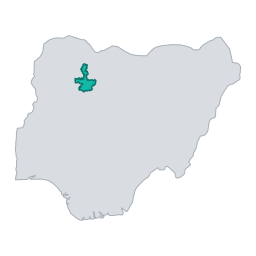 Maru, Zamfara, Nigeria (highlighted)
{"feature_id": "59680162B25309364748934", "entity_name": "Maru", "entity_type": "district", "adm_level": 2, "iso_a3": "NGA", "parent_name": "Nigeria", "parent_adm1": "Zamfara", "projection": "orthographic", "projection_center": [6.251, 11.686], "detail": "fine", "context": "in_parent", "style": "filled", "palette": "teal", "viewbox_px": 256, "rotation_deg": 0, "n_neighbors": 0, "source": "geoboundaries", "source_scale": "gbopen_adm2", "svg_char_len": 7021}
<svg xmlns="http://www.w3.org/2000/svg" viewBox="0 0 256 256"><path d="M220.7,37.2L229.6,49.0L231.6,58.0L232.5,62.3L233.9,62.8L236.6,63.0L238.5,63.8L239.7,65.3L240.5,66.6L240.6,67.4L240.2,72.8L239.6,74.8L240.1,77.4L240.0,78.5L239.7,79.3L238.6,80.2L237.0,81.2L233.2,83.8L232.1,84.2L230.5,84.4L229.1,85.0L227.4,86.5L223.9,91.7L221.0,96.9L218.9,105.4L216.2,108.0L215.8,110.4L215.5,115.6L215.1,117.2L214.7,117.6L211.7,118.7L210.1,119.9L209.1,122.3L207.9,130.4L207.5,131.7L206.5,133.1L205.1,134.6L203.8,135.5L200.4,136.1L197.3,142.2L197.2,143.3L195.9,148.8L193.5,153.0L193.3,155.6L190.3,159.3L188.7,161.8L190.4,164.4L190.5,164.8L185.2,169.3L184.9,169.9L184.7,173.0L184.3,173.8L183.3,174.9L181.9,176.1L180.4,177.1L178.7,177.8L177.1,178.1L176.2,177.7L175.7,176.8L174.8,173.1L174.3,172.3L173.3,171.6L169.1,167.6L166.6,166.2L166.1,166.4L165.6,166.7L164.9,168.8L164.3,169.6L162.9,169.9L160.6,169.9L159.0,169.6L158.6,169.2L157.8,167.7L152.7,171.4L150.9,172.3L148.6,176.7L145.4,178.9L143.1,180.8L137.2,186.8L136.0,188.6L134.8,191.2L132.3,202.4L128.2,209.5L127.6,210.9L127.4,210.9L126.8,211.5L125.2,211.1L124.5,209.9L123.5,209.7L121.8,207.8L121.4,208.1L123.3,212.9L122.6,214.8L117.5,214.8L113.1,215.5L110.1,215.5L108.6,214.8L108.0,213.0L107.7,213.2L107.5,214.1L106.6,214.9L103.2,215.1L101.7,213.8L100.5,212.5L99.2,211.9L99.4,212.4L100.9,213.8L100.7,215.7L98.0,218.0L96.3,218.1L95.2,217.1L94.7,215.5L94.4,213.2L93.7,211.7L93.3,211.7L93.8,214.2L93.8,216.6L95.1,218.4L93.1,219.0L90.7,219.1L90.4,218.4L90.1,216.9L89.7,216.5L89.2,219.0L84.3,219.8L83.6,219.7L83.5,219.2L83.8,218.5L83.8,217.3L82.7,218.2L82.5,220.0L81.9,220.3L80.0,220.0L78.0,219.1L74.7,216.8L70.6,213.2L70.0,211.5L68.8,209.5L66.7,204.0L67.1,203.7L68.0,204.0L68.5,203.5L66.8,203.1L66.5,202.7L66.4,201.5L66.4,200.0L69.0,199.2L69.6,198.3L69.9,197.3L66.8,198.7L63.8,197.1L63.2,196.2L63.5,195.5L66.9,195.4L68.1,194.7L67.4,194.5L66.1,194.5L65.6,194.0L65.7,192.9L65.2,193.1L64.7,194.1L62.7,194.9L61.5,194.1L61.4,192.5L61.2,191.7L60.2,191.1L56.7,186.7L52.4,183.0L48.5,180.5L42.7,179.2L30.5,179.2L29.8,178.8L30.5,178.3L31.6,177.9L35.5,175.9L34.9,175.6L30.8,176.8L29.4,176.9L27.6,179.4L15.5,179.8L15.6,178.7L16.1,175.4L16.9,173.2L16.1,170.5L15.9,168.1L16.4,167.3L16.6,166.4L16.5,160.1L17.2,159.2L17.2,158.5L16.0,155.8L16.0,153.8L15.8,151.8L15.4,150.9L15.9,143.2L15.8,141.3L16.2,140.0L16.4,136.6L16.4,133.4L17.3,128.3L22.4,127.7L23.7,125.7L24.4,123.1L24.2,120.6L25.9,118.4L27.9,116.5L27.8,114.4L28.4,113.7L29.3,113.2L30.7,113.0L32.3,111.9L33.1,110.1L34.0,107.1L32.7,105.0L32.7,104.5L33.2,103.4L34.0,102.3L34.7,101.9L36.1,102.2L36.6,101.8L37.6,98.5L37.5,97.6L36.2,95.4L35.5,89.4L35.1,88.6L34.0,87.5L31.2,83.2L31.3,81.2L32.5,78.7L33.3,77.5L34.4,76.8L34.6,76.2L34.3,75.5L33.7,74.9L33.6,73.8L34.2,72.2L34.0,70.4L34.4,61.4L36.7,59.6L40.1,56.7L41.8,53.7L42.8,51.3L44.0,43.6L45.7,42.8L49.1,40.0L53.7,38.4L56.7,37.9L61.8,38.2L64.5,37.9L66.7,36.4L67.7,36.0L69.2,35.7L82.1,39.8L83.3,39.6L84.3,39.9L85.9,40.9L89.7,44.7L93.8,50.5L95.0,51.7L96.3,52.4L97.5,52.6L98.5,52.5L99.4,52.0L100.7,50.9L102.6,50.4L104.1,50.5L112.2,46.0L113.0,45.9L118.0,46.8L124.8,51.3L130.3,54.1L134.2,55.1L138.8,55.7L146.6,55.8L152.4,49.5L154.5,48.1L157.1,46.9L162.5,45.6L171.5,44.7L180.0,44.9L185.3,45.9L190.9,47.8L193.3,49.7L197.1,49.9L199.7,49.5L200.6,47.5L203.2,44.9L207.2,42.5L210.4,40.7L213.1,39.9L215.5,38.0L217.4,37.3L220.7,37.2ZM103.5,217.5L101.7,218.1L100.5,218.0L102.1,215.5L103.0,216.0L104.1,216.2L103.5,217.5Z" fill="#d9dde1" stroke="#a8b0b8" stroke-width="1"/><path d="M84.0,64.0L83.7,64.1L83.7,64.3L83.6,64.5L83.4,64.7L83.4,64.8L83.2,64.8L83.2,65.0L83.1,65.6L82.5,66.1L82.3,66.9L82.2,67.2L81.8,67.8L82.1,68.0L81.9,68.2L81.7,68.1L81.4,68.4L81.2,68.7L80.8,69.3L81.2,69.5L81.4,69.7L81.7,69.7L81.9,69.9L81.9,70.0L81.7,70.3L81.6,70.9L81.8,70.9L82.0,70.8L82.1,71.0L82.2,71.3L82.2,71.5L82.4,71.5L82.6,71.8L82.6,72.1L82.6,72.6L82.7,72.8L82.8,72.8L83.0,73.0L83.0,73.4L83.2,73.7L83.3,73.8L83.5,74.0L83.8,74.1L84.2,74.0L84.3,74.1L84.5,74.3L84.7,74.5L84.8,74.7L83.8,75.1L84.0,76.0L83.8,76.4L83.7,76.7L83.3,77.3L83.2,77.8L83.5,78.5L83.4,78.5L83.2,78.6L82.9,78.7L82.9,78.8L82.8,78.7L82.7,78.8L82.3,78.8L82.3,78.7L82.1,78.8L82.0,78.7L81.9,78.8L81.7,79.1L81.7,79.3L81.4,79.3L81.4,79.2L81.2,79.1L81.3,79.1L81.2,79.0L81.2,78.9L81.1,79.0L81.0,78.9L80.9,78.8L80.9,78.7L80.8,78.8L80.6,78.9L80.6,78.7L80.2,78.5L79.9,78.5L79.9,78.4L79.9,78.5L79.7,78.2L79.4,78.3L79.2,78.3L78.9,78.3L78.9,78.1L78.8,78.3L78.7,78.2L78.6,78.3L78.6,78.2L78.4,78.3L78.3,78.5L78.4,78.8L78.2,78.7L78.1,78.8L77.9,78.8L77.7,78.8L77.5,78.7L77.4,78.7L77.2,78.8L76.9,78.9L76.7,78.9L76.7,79.1L76.4,79.3L76.2,79.2L76.3,79.1L76.2,79.0L76.2,78.9L75.9,78.8L75.5,78.6L75.2,78.6L75.3,78.9L75.4,79.1L75.4,79.6L75.4,79.8L75.2,80.0L75.3,80.2L75.2,80.3L75.2,80.5L75.2,80.8L75.2,81.2L75.3,81.5L75.3,82.3L75.4,82.5L75.5,82.7L75.7,82.8L76.3,82.6L76.6,82.6L77.4,82.7L77.6,82.4L77.9,82.4L78.0,82.1L78.8,82.2L79.1,82.5L79.4,83.0L79.6,83.4L80.1,83.6L80.4,83.7L81.5,83.7L82.0,83.7L82.4,83.6L82.5,83.7L81.9,84.2L82.2,84.7L81.9,85.0L81.4,85.2L81.2,85.4L80.8,86.4L80.7,86.4L80.7,86.6L80.8,86.9L80.8,87.1L80.6,87.6L79.9,87.9L79.5,88.0L79.7,87.2L79.9,87.1L79.9,86.7L79.7,86.7L79.7,86.9L79.5,87.1L79.2,87.6L79.1,87.8L78.9,88.6L78.9,88.8L79.1,89.2L79.2,89.7L79.4,89.8L79.5,90.1L79.9,90.0L80.8,89.9L80.9,90.0L81.0,90.1L81.7,90.3L82.3,90.8L82.6,91.0L83.2,91.3L83.7,91.8L83.9,91.8L84.0,91.7L84.2,91.4L84.2,91.2L84.3,91.2L84.5,90.9L84.8,90.8L84.8,90.7L84.7,90.7L84.8,90.6L85.0,90.6L85.3,90.7L85.5,90.8L85.7,90.6L85.8,90.5L86.0,90.5L86.3,90.5L86.5,90.6L86.6,90.8L86.8,91.0L87.3,90.8L87.7,90.5L88.3,90.3L88.7,90.2L89.1,90.3L89.4,90.6L89.5,90.7L89.9,90.3L90.0,90.2L90.4,90.2L90.5,90.2L90.8,90.1L91.0,90.1L91.2,89.9L91.3,89.9L91.4,90.0L91.5,89.8L91.5,89.5L91.6,89.3L91.8,89.3L91.9,89.2L92.0,89.3L92.2,89.1L91.8,88.9L91.7,88.8L91.6,88.6L91.6,88.2L91.6,87.6L91.7,87.2L91.7,86.9L91.9,86.5L92.1,86.3L92.4,86.1L93.0,86.0L93.1,85.9L93.1,85.2L93.2,84.9L93.3,84.9L93.5,84.9L94.0,85.2L94.3,85.2L94.5,85.0L94.4,84.6L94.4,84.3L94.6,84.2L95.2,84.0L95.4,83.7L95.4,82.8L95.8,81.9L95.5,81.4L95.8,80.9L95.7,80.4L95.2,80.0L94.8,79.7L94.4,80.2L94.2,80.6L93.9,80.7L93.6,80.7L93.3,80.5L92.9,80.1L92.6,80.0L92.1,79.7L91.5,80.0L91.0,80.1L90.8,80.2L90.5,80.1L90.1,80.0L89.9,80.1L89.3,80.2L88.8,80.0L88.7,79.9L88.5,79.7L88.0,79.7L87.9,79.9L88.1,80.1L87.3,80.1L87.3,79.5L87.1,79.3L87.1,79.0L86.9,78.8L86.7,78.3L86.8,77.9L86.7,77.8L86.6,77.7L86.5,77.4L86.6,77.2L86.4,77.1L86.2,76.8L86.3,75.6L86.8,75.4L87.2,74.7L87.7,74.4L88.1,73.9L87.9,73.6L87.8,73.4L87.7,73.1L87.7,72.9L87.7,72.7L87.4,72.6L87.4,72.4L87.2,72.0L87.3,71.5L86.8,71.5L86.4,71.4L86.2,71.3L85.3,71.1L85.5,70.9L85.8,70.5L85.7,70.5L85.7,70.1L85.9,68.9L86.1,68.8L86.1,68.7L86.3,68.6L86.5,68.4L86.9,68.3L86.9,68.0L86.8,67.8L86.7,67.6L86.8,67.5L86.8,67.4L86.8,67.2L87.0,66.8L87.0,66.2L87.0,65.8L86.9,65.8L86.9,65.7L87.0,65.6L87.2,65.2L87.0,64.8L86.7,64.9L86.5,65.0L86.4,65.0L86.3,64.9L86.1,65.0L86.2,64.7L85.8,64.5L85.6,64.5L85.5,64.4L85.4,64.3L85.0,64.1L84.8,64.1L84.7,64.1L84.3,64.0L84.2,64.1L84.0,64.0Z" fill="#14b8a6" stroke="#0f766e" stroke-width="1.5"/></svg>